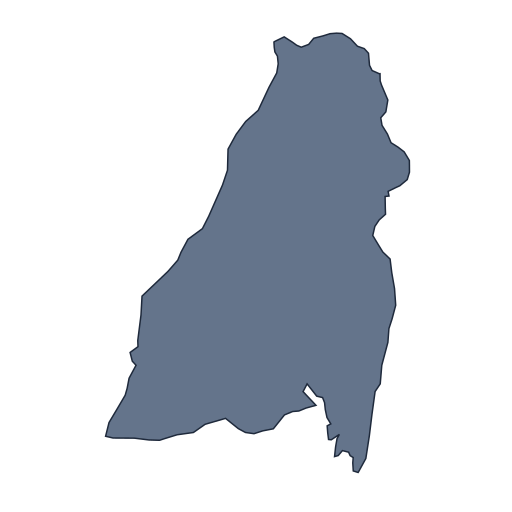 outline of Kouklia Pafou, Paphos, Cyprus, rotated 88°
{"feature_id": "46923920B78543602896298", "entity_name": "Kouklia Pafou", "entity_type": "district", "adm_level": 2, "iso_a3": "CYP", "parent_name": "Cyprus", "parent_adm1": "Paphos", "projection": "robinson", "projection_center": [32.607, 34.692], "detail": "fine", "context": "isolated", "style": "filled", "palette": "slate", "viewbox_px": 512, "rotation_deg": 88, "n_neighbors": 0, "source": "geoboundaries", "source_scale": "gbopen_adm2", "svg_char_len": 1770}
<svg xmlns="http://www.w3.org/2000/svg" viewBox="0 0 512 512"><g transform="rotate(88 256 256)"><path d="M42.4,230.2L42.8,230.6L48.0,230.5L52.7,230.0L57.0,227.6L64.7,227.1L73.8,228.9L87.8,237.1L110.5,248.7L121.2,261.6L133.6,271.5L148.2,280.2L169.3,281.5L183.9,287.0L214.5,301.8L226.8,308.6L236.9,323.4L249.6,330.8L257.4,334.3L268.4,344.6L292.1,371.3L311.0,373.0L336.3,377.1L342.5,377.1L348.0,385.2L356.8,383.3L361.0,379.7L373.7,387.1L383.8,389.4L390.6,391.6L404.3,400.3L417.3,408.7L430.9,412.6L432.9,405.2L433.8,383.9L436.1,369.4L436.8,358.8L435.5,354.4L431.9,341.1L430.2,324.7L422.4,312.7L417.2,292.1L427.9,279.7L432.0,272.7L433.5,264.2L431.0,255.4L429.3,244.7L415.8,233.1L412.7,224.8L412.4,218.6L409.7,211.3L407.3,201.3L393.2,213.7L385.6,209.4L398.2,200.2L399.8,194.4L404.9,192.6L412.0,192.1L419.9,190.7L426.4,187.1L428.2,190.8L435.1,190.5L441.9,189.9L442.3,187.2L437.2,178.9L441.4,181.4L449.5,183.1L459.2,184.5L458.3,180.8L453.5,176.4L455.3,170.3L458.8,168.9L460.8,165.9L466.1,166.5L474.2,166.3L475.9,161.5L475.5,161.2L462.2,153.3L439.6,149.0L418.7,145.7L395.6,141.7L389.2,137.1L388.1,136.3L369.6,134.1L346.9,127.2L333.2,125.7L323.6,122.2L310.1,118.1L293.4,118.7L277.4,120.9L263.7,122.1L256.5,129.1L249.3,133.2L239.6,138.6L230.6,136.2L224.2,131.6L218.8,125.1L213.0,125.1L201.0,124.9L200.7,121.0L196.0,121.7L192.5,113.9L190.8,109.8L184.9,102.2L177.6,99.7L170.8,99.5L165.9,99.4L157.1,104.3L152.2,110.2L147.5,117.1L138.7,120.4L129.8,125.5L122.2,126.5L116.5,121.2L104.7,118.8L89.5,124.6L85.4,125.8L78.1,125.7L78.1,126.5L74.7,133.5L69.4,135.9L57.3,136.5L52.5,140.6L49.9,147.3L42.2,154.0L36.6,162.2L36.1,167.7L36.4,174.2L38.4,181.5L40.4,190.7L46.4,196.0L48.9,203.5L46.8,208.0L43.6,212.1L38.0,220.2L42.4,230.2Z" fill="#64748b" stroke="#1e293b" stroke-width="1.5"/></g></svg>